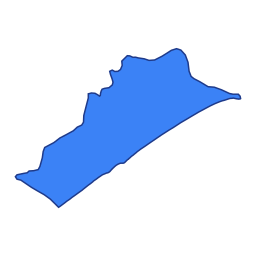 Ciudad de la Costa, Canelones, Uruguay
{"feature_id": "84410073B39793834808870", "entity_name": "Ciudad de la Costa", "entity_type": "district", "adm_level": 2, "iso_a3": "URY", "parent_name": "Uruguay", "parent_adm1": "Canelones", "projection": "natural_earth1", "projection_center": [-55.945, -34.814], "detail": "fine", "context": "isolated", "style": "filled", "palette": "blue", "viewbox_px": 256, "rotation_deg": 0, "n_neighbors": 0, "source": "geoboundaries", "source_scale": "gbopen_adm2", "svg_char_len": 2397}
<svg xmlns="http://www.w3.org/2000/svg" viewBox="0 0 256 256"><path d="M58.6,207.3L60.5,206.0L65.7,202.1L66.5,201.4L69.9,199.1L72.1,197.3L74.0,196.0L77.6,193.4L80.1,191.6L82.1,190.2L83.0,189.4L85.0,187.8L88.0,185.4L89.2,184.5L90.4,183.7L93.0,181.6L93.4,181.1L95.0,180.0L95.9,179.4L96.7,178.8L97.4,178.3L98.0,177.8L98.7,177.3L99.9,176.5L101.2,175.6L101.5,175.4L102.4,174.8L103.3,174.4L104.3,174.0L105.5,173.5L106.6,173.0L107.5,172.9L108.5,172.5L109.4,171.9L109.9,171.5L110.0,171.3L110.2,171.2L110.5,170.8L111.0,170.2L111.4,169.8L112.0,169.2L112.1,168.9L112.5,168.7L112.9,168.2L113.4,167.8L114.1,167.1L114.8,166.4L115.5,165.9L115.9,165.5L116.3,165.2L117.0,164.8L117.8,164.3L118.9,163.8L119.4,163.6L120.1,163.3L120.9,163.2L121.6,163.2L122.1,163.2L122.9,163.2L123.6,163.1L124.3,162.8L124.8,162.4L125.4,161.8L125.9,161.3L126.4,160.8L127.2,160.0L127.9,159.4L128.5,159.2L128.7,158.8L129.0,158.5L129.2,158.4L129.3,158.2L129.8,157.9L130.5,157.3L131.0,156.7L131.8,156.1L132.9,155.3L133.2,155.1L133.7,154.7L134.1,154.2L134.4,154.1L134.8,153.8L134.9,153.6L136.0,152.8L137.3,151.6L139.0,150.4L140.4,149.3L144.9,146.3L148.2,144.0L161.5,134.9L165.1,132.6L169.0,130.1L173.8,127.2L180.8,122.6L186.3,119.4L190.8,116.7L198.4,112.2L204.2,109.1L208.1,107.0L209.8,106.1L211.0,105.5L212.9,104.6L215.0,103.6L217.7,102.5L219.7,101.7L221.9,100.9L224.3,100.3L226.4,99.6L228.5,98.9L229.4,98.6L230.4,98.4L232.2,98.3L233.0,98.1L233.5,98.1L234.7,98.4L236.6,98.8L238.1,99.0L238.7,99.1L239.1,99.0L239.5,99.0L240.0,99.0L240.6,98.6L240.1,96.2L238.3,94.2L233.0,94.2L229.5,93.5L221.5,89.8L214.3,87.2L208.1,86.7L199.6,81.6L194.0,78.7L191.1,76.4L189.1,71.3L188.0,62.3L185.3,55.0L180.9,50.1L178.6,49.3L176.5,48.7L171.4,50.3L162.1,56.2L154.6,60.0L149.0,60.4L144.2,58.8L138.2,57.9L135.6,57.2L132.9,57.3L129.8,55.9L127.3,55.7L121.8,61.1L122.2,65.4L120.5,69.5L118.0,71.3L114.8,71.5L112.2,70.1L109.7,71.3L110.5,74.5L112.1,78.9L113.0,82.2L112.3,84.9L109.0,87.7L104.4,88.4L102.1,89.2L101.2,91.0L100.5,93.5L100.3,95.5L99.5,96.1L97.7,94.8L95.0,93.3L91.3,93.0L89.7,93.5L88.3,93.8L88.3,98.0L85.8,107.6L83.8,115.5L83.5,122.2L81.7,125.1L77.3,127.1L73.3,130.8L66.0,134.8L60.0,137.9L53.9,142.6L44.7,147.5L43.2,151.5L42.3,157.9L39.9,166.5L38.2,169.6L33.7,170.7L29.1,171.0L27.2,172.8L23.7,173.4L17.0,174.8L15.4,176.7L17.0,179.2L20.8,180.1L31.4,187.3L36.8,190.5L44.2,194.7L50.3,199.1L58.6,207.3Z" fill="#3b82f6" stroke="#1e3a8a" stroke-width="1.5"/></svg>